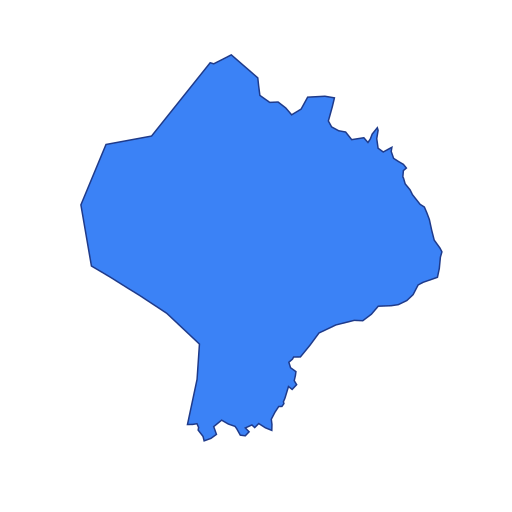 outline of Lemithou, Limassol, Cyprus, rotated 282°
{"feature_id": "46923920B6112352960070", "entity_name": "Lemithou", "entity_type": "district", "adm_level": 2, "iso_a3": "CYP", "parent_name": "Cyprus", "parent_adm1": "Limassol", "projection": "robinson", "projection_center": [32.805, 34.949], "detail": "fine", "context": "isolated", "style": "filled", "palette": "blue", "viewbox_px": 512, "rotation_deg": 282, "n_neighbors": 0, "source": "geoboundaries", "source_scale": "gbopen_adm2", "svg_char_len": 1643}
<svg xmlns="http://www.w3.org/2000/svg" viewBox="0 0 512 512"><g transform="rotate(282 256 256)"><path d="M205.7,115.8L205.5,116.5L197.7,137.8L193.4,149.9L186.1,168.6L181.7,179.8L181.4,180.6L158.1,219.0L123.1,224.0L105.7,224.0L76.9,224.0L78.1,229.1L79.7,233.1L76.4,235.5L73.7,235.6L68.5,241.7L64.4,243.7L68.2,249.8L73.3,254.4L80.3,250.1L88.3,256.5L85.9,263.8L85.0,270.9L83.1,273.0L77.5,277.9L77.9,282.9L82.6,285.8L85.6,281.3L89.9,287.1L87.9,290.4L92.7,293.5L89.9,300.9L88.7,307.7L94.6,306.6L99.5,304.9L107.1,307.0L113.5,309.5L114.2,312.6L117.4,314.0L119.1,313.1L122.5,313.8L124.4,314.0L135.1,314.9L133.0,319.1L138.6,322.5L142.0,319.3L147.4,319.4L151.2,319.1L153.9,313.0L158.9,310.2L162.7,313.1L165.0,313.8L166.5,320.4L180.1,327.4L193.8,333.6L205.2,348.5L213.5,365.5L214.9,373.9L223.1,381.0L232.3,386.0L235.5,398.6L238.0,405.3L243.8,412.8L250.9,417.7L261.4,420.6L265.0,424.9L272.9,437.9L281.8,437.9L293.3,436.6L298.7,437.0L302.0,434.3L308.6,427.0L317.9,422.4L327.7,418.0L333.5,414.3L338.9,410.5L340.7,405.7L348.5,396.3L352.7,393.0L357.6,386.9L363.0,384.0L363.8,383.2L370.2,382.4L373.3,384.8L376.3,381.1L378.0,375.9L380.1,370.3L386.4,366.5L390.6,366.3L384.2,358.8L386.8,353.0L395.9,349.7L404.3,349.3L405.4,348.7L406.7,348.0L399.4,344.3L394.2,343.5L390.3,341.9L394.1,336.9L389.7,325.4L395.9,317.9L395.7,310.8L398.0,303.1L403.1,298.7L417.8,299.6L425.2,299.8L427.0,299.8L426.6,290.2L422.1,273.5L409.1,269.6L401.5,261.5L407.0,254.3L411.2,245.6L409.1,237.5L413.9,226.4L423.3,223.1L430.6,220.7L447.6,190.0L435.2,174.7L435.5,171.0L351.6,128.9L333.9,86.1L269.6,74.1L212.0,97.1L205.7,115.8Z" fill="#3b82f6" stroke="#1e3a8a" stroke-width="1.5"/></g></svg>